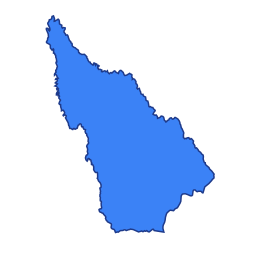 Dueré, Tocantins, Brazil (Equal Earth projection), rotated 5°
{"feature_id": "56859067B89764358514319", "entity_name": "Dueré", "entity_type": "district", "adm_level": 2, "iso_a3": "BRA", "parent_name": "Brazil", "parent_adm1": "Tocantins", "projection": "equal_earth", "projection_center": [-49.445, -11.379], "detail": "fine", "context": "isolated", "style": "filled", "palette": "blue", "viewbox_px": 256, "rotation_deg": 5, "n_neighbors": 0, "source": "geoboundaries", "source_scale": "gbopen_adm2", "svg_char_len": 5710}
<svg xmlns="http://www.w3.org/2000/svg" viewBox="0 0 256 256"><g transform="rotate(5 128 128)"><path d="M140.0,93.2L139.3,93.4L137.9,92.8L137.2,90.4L136.7,90.0L135.8,87.5L134.9,87.8L134.2,88.4L133.3,87.4L133.8,86.0L133.6,84.7L132.9,83.5L132.1,83.2L131.9,81.9L131.9,81.0L130.3,78.9L128.8,78.5L128.1,79.1L128.1,77.9L127.3,76.8L127.3,74.7L126.7,74.2L125.8,74.1L124.9,73.4L122.0,75.5L120.2,76.0L119.4,75.2L118.3,72.9L117.7,72.7L117.0,71.9L115.9,71.2L115.1,71.4L114.1,72.6L113.7,74.5L111.6,73.7L110.7,73.1L110.1,72.4L109.5,72.3L108.7,72.9L107.5,74.4L107.0,74.7L106.2,74.2L105.3,74.8L104.6,75.6L103.0,74.2L102.5,72.8L101.9,73.5L101.0,73.9L100.4,73.2L99.6,73.1L97.4,74.3L96.7,74.1L96.9,72.6L95.2,72.0L93.5,72.2L93.2,71.2L92.5,70.9L92.5,69.3L93.4,69.4L93.8,68.7L92.9,68.1L92.3,68.3L91.7,67.9L91.2,67.0L90.5,66.9L90.1,68.2L89.2,66.3L88.4,66.2L87.8,68.3L87.1,68.2L86.5,67.6L85.0,66.9L84.7,65.8L83.5,65.6L82.2,64.0L81.9,62.9L80.7,61.5L80.8,60.6L78.2,58.4L75.4,58.8L74.6,58.3L73.5,58.1L73.0,57.3L72.3,57.2L71.8,55.0L71.3,54.5L69.7,53.7L68.5,52.7L67.0,52.3L65.5,51.3L65.1,50.4L65.1,49.3L64.7,48.5L63.7,48.1L63.4,46.9L62.1,46.0L60.6,42.8L60.3,41.7L59.5,40.6L57.9,40.9L57.6,40.0L56.0,38.2L55.8,37.0L56.8,34.8L56.6,33.7L54.7,33.6L53.9,34.2L53.2,33.1L53.1,31.4L50.7,30.3L50.3,27.6L49.9,26.5L49.1,25.7L48.3,26.0L47.8,26.7L46.8,27.0L46.2,27.8L45.2,28.1L45.2,25.3L44.0,22.8L42.6,23.5L42.4,25.6L41.6,26.6L40.2,27.0L39.9,28.7L39.0,30.3L39.0,31.2L41.0,34.6L41.6,36.3L41.7,37.2L41.3,38.1L40.5,37.5L40.4,36.2L39.4,36.2L38.7,35.6L38.0,35.9L38.1,37.1L40.3,41.2L40.8,43.9L40.8,44.7L40.3,45.1L40.1,46.2L40.2,47.3L39.3,49.1L39.4,50.0L40.0,50.4L42.7,51.6L43.5,52.6L43.5,54.0L43.8,55.2L45.6,57.1L46.6,55.7L47.1,56.1L47.3,59.9L48.0,59.8L48.5,60.3L48.8,61.3L49.6,61.9L49.9,63.9L50.5,65.0L51.3,68.4L50.6,68.7L50.6,69.6L52.1,72.3L52.3,73.2L51.9,74.2L51.7,76.0L51.0,76.7L51.0,77.6L51.5,78.5L50.4,80.1L50.1,80.9L50.2,81.7L50.9,80.7L51.7,81.2L52.6,82.3L52.9,83.4L54.1,84.5L53.4,84.9L51.9,85.1L51.6,85.9L53.1,85.7L53.5,86.2L53.4,87.3L52.8,88.3L52.0,88.7L51.6,89.4L53.9,90.2L53.5,90.8L51.6,92.5L53.1,92.8L55.3,95.0L54.9,95.9L55.4,96.6L54.1,98.9L53.7,100.1L53.8,101.3L54.6,101.2L54.7,99.0L56.0,98.5L56.2,99.3L56.0,100.3L55.6,101.0L55.7,101.9L56.4,101.6L57.0,102.3L56.5,103.3L56.5,104.2L58.3,106.1L57.6,107.6L57.1,109.6L57.7,110.5L58.8,110.5L59.1,112.8L60.0,115.0L60.2,116.7L61.4,116.0L62.1,116.0L63.2,117.5L63.6,118.5L63.3,119.3L62.2,120.9L62.6,121.5L63.7,120.6L64.5,120.5L65.4,121.3L65.3,122.4L64.8,123.3L68.0,128.1L68.7,130.7L69.5,131.6L69.7,132.8L70.1,133.5L70.8,133.4L71.9,133.7L72.6,134.3L73.2,134.3L73.6,133.5L74.2,133.1L75.3,133.8L75.9,133.7L76.6,133.0L77.4,132.7L78.1,129.6L78.8,129.3L79.3,128.3L80.3,128.0L81.1,128.5L81.4,130.1L81.8,130.8L82.9,130.7L83.2,131.6L84.2,133.1L85.8,133.4L85.6,135.4L86.4,137.0L87.2,137.3L87.5,137.9L87.5,138.8L89.4,141.6L89.4,144.9L89.9,145.6L90.0,146.7L88.6,148.8L88.5,150.3L89.1,150.9L89.7,153.1L89.5,155.0L90.3,157.0L89.7,158.4L89.0,158.6L88.6,159.4L88.2,161.5L88.9,163.4L90.2,164.6L90.6,164.0L90.7,162.3L91.2,161.8L92.1,162.0L92.5,162.9L93.4,162.8L93.9,163.4L94.2,164.9L95.1,166.3L94.6,167.0L94.9,167.6L96.1,167.7L97.1,169.3L97.4,171.1L97.3,172.0L97.7,173.0L98.7,174.4L99.3,174.9L99.9,175.2L101.2,174.9L101.6,175.6L102.1,179.9L101.7,180.7L102.3,181.3L103.2,183.3L105.0,184.9L106.1,186.9L106.3,189.1L106.0,189.8L105.2,190.3L106.2,193.5L106.0,194.6L106.3,195.6L105.9,196.7L106.0,198.6L106.5,199.4L106.6,202.2L106.8,203.0L107.8,203.4L108.0,204.5L107.8,205.2L108.1,207.4L108.7,209.6L108.5,210.6L106.6,211.3L106.2,211.9L106.9,213.7L107.7,214.3L108.5,214.3L109.4,214.9L110.7,215.2L111.2,216.1L113.4,218.1L113.7,219.1L113.4,219.9L114.5,222.0L115.2,222.4L115.7,223.2L119.5,224.8L120.0,225.9L119.8,227.5L119.9,228.9L121.1,229.9L122.8,230.2L123.8,231.2L124.1,232.2L124.7,233.2L126.5,232.5L127.4,232.6L129.3,230.9L131.9,230.5L132.8,229.9L133.5,229.7L134.3,229.8L135.1,230.3L137.6,229.2L138.6,229.0L139.1,228.5L142.0,228.7L147.6,230.6L150.7,229.4L151.4,229.9L152.2,229.9L153.4,228.9L154.0,229.3L154.8,229.3L155.6,228.6L157.2,229.6L158.3,229.6L161.2,226.8L162.2,226.7L163.0,227.9L172.8,228.6L171.6,225.2L171.4,223.5L171.6,221.6L172.7,218.6L173.0,216.5L173.1,213.5L173.8,210.2L174.3,209.1L176.6,206.6L177.4,206.2L180.6,206.4L182.1,204.3L184.0,203.3L184.5,202.5L186.4,198.4L187.0,196.4L186.9,191.7L187.0,190.8L187.7,189.4L188.2,189.0L190.7,188.5L193.2,189.1L196.1,190.1L197.4,190.0L198.1,189.2L198.3,185.1L198.7,184.2L199.5,183.9L200.3,183.9L201.8,185.2L202.5,185.4L204.0,184.8L206.2,184.7L207.8,186.1L208.4,186.0L209.6,180.0L213.4,176.3L216.1,172.8L216.5,171.8L217.8,170.7L218.0,169.5L217.5,167.3L217.8,166.5L215.2,163.6L212.9,161.8L212.1,160.3L208.9,158.1L208.2,157.2L208.0,155.9L207.3,155.8L206.7,155.1L205.6,152.3L205.6,150.0L205.2,148.4L203.7,147.5L202.5,146.0L200.3,144.6L199.7,143.5L198.0,141.8L196.9,142.1L196.4,141.5L196.0,139.6L194.2,137.4L194.4,135.3L192.4,133.3L191.7,133.0L191.2,133.7L190.5,133.7L189.4,132.3L187.7,132.7L187.1,133.5L186.5,133.3L185.3,133.8L183.9,132.3L184.0,131.3L183.8,130.0L184.0,128.3L183.8,127.5L181.7,123.7L181.1,123.2L180.1,120.1L179.4,119.3L179.2,118.1L178.5,116.6L176.9,114.7L174.3,113.4L173.6,113.5L173.2,114.4L171.9,115.3L171.2,115.1L170.3,114.1L169.4,114.3L168.4,115.0L168.1,116.2L166.4,117.3L166.0,118.2L165.2,118.7L164.7,117.9L163.6,117.2L162.6,114.2L161.6,113.4L160.0,113.2L158.9,114.7L156.6,115.8L156.4,114.6L156.0,113.7L154.8,112.5L154.2,112.9L153.2,112.8L151.7,112.0L152.5,110.0L153.4,108.8L153.5,108.0L152.0,106.9L150.9,105.4L149.8,105.5L148.4,104.7L147.6,105.1L147.0,104.8L146.1,101.3L145.4,99.5L144.4,99.3L143.5,98.7L142.8,95.6L141.1,95.0L140.4,94.4L140.0,93.2ZM54.9,95.9L54.3,95.2L53.6,95.2L53.9,96.1L54.9,95.9Z" fill="#3b82f6" stroke="#1e3a8a" stroke-width="1.5"/></g></svg>